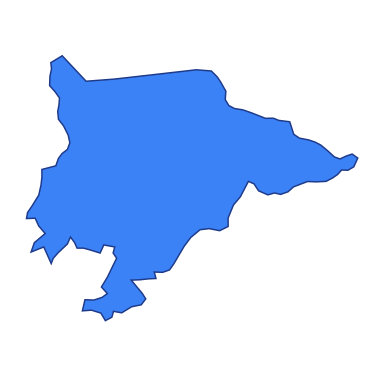 Aratuba, Ceará, Brazil, rotated 272°
{"feature_id": "56859067B93489736245944", "entity_name": "Aratuba", "entity_type": "district", "adm_level": 2, "iso_a3": "BRA", "parent_name": "Brazil", "parent_adm1": "Ceará", "projection": "mercator", "projection_center": [-39.036, -4.434], "detail": "fine", "context": "isolated", "style": "filled", "palette": "blue", "viewbox_px": 384, "rotation_deg": 272, "n_neighbors": 0, "source": "geoboundaries", "source_scale": "gbopen_adm2", "svg_char_len": 1622}
<svg xmlns="http://www.w3.org/2000/svg" viewBox="0 0 384 384"><g transform="rotate(272 192 192)"><path d="M323.6,57.5L316.4,46.4L310.2,47.3L302.7,46.0L293.3,46.0L287.6,51.5L281.3,56.3L274.3,56.0L267.8,55.0L260.0,56.0L253.5,61.4L244.5,66.3L236.9,68.2L230.2,66.0L225.9,60.8L220.8,57.3L213.4,55.0L209.3,41.2L202.0,41.5L193.9,40.9L183.6,39.0L171.9,32.3L165.8,28.4L159.7,27.5L160.3,36.2L152.7,40.0L145.4,46.7L135.8,36.2L126.4,33.3L131.9,45.8L115.6,53.8L121.0,55.7L126.8,60.5L135.6,69.2L142.7,72.1L137.6,76.3L131.9,79.1L132.1,85.6L130.5,92.3L127.8,102.3L136.0,105.7L134.4,116.7L128.3,115.3L123.2,119.0L115.9,115.7L104.3,110.6L93.9,104.8L87.6,110.9L83.5,105.8L80.6,97.7L80.6,88.8L69.4,86.6L70.4,95.6L67.8,105.2L60.4,109.9L64.1,116.3L70.0,117.7L68.8,126.0L75.2,135.6L77.5,145.2L83.6,149.5L89.2,145.6L101.8,134.3L102.5,143.3L103.7,151.7L104.3,159.0L110.7,157.1L110.7,165.5L113.3,172.2L119.7,176.4L137.4,186.0L146.6,192.4L154.6,201.4L156.0,210.4L154.3,221.0L158.8,229.3L167.3,229.0L180.5,233.9L188.9,240.5L204.6,248.0L202.3,253.7L195.5,258.5L191.8,267.9L193.9,274.5L192.7,280.7L195.6,288.0L200.7,293.3L203.5,299.9L206.5,307.1L206.5,316.3L207.3,325.6L211.0,332.1L214.7,337.0L219.2,340.7L219.2,347.1L222.8,352.8L231.7,356.5L235.5,350.7L233.3,344.8L230.2,338.8L232.0,333.1L237.8,326.3L243.3,319.2L246.1,313.4L248.1,306.9L249.6,297.4L253.2,291.7L265.6,287.2L266.6,276.2L268.6,270.7L268.2,262.7L273.1,248.9L275.9,239.9L276.9,231.5L279.7,225.8L285.5,222.0L293.9,222.3L302.9,216.8L307.8,213.3L313.6,207.1L314.3,192.1L310.5,166.7L305.3,131.8L302.1,110.3L299.0,82.3L323.6,57.5Z" fill="#3b82f6" stroke="#1e3a8a" stroke-width="1.5"/></g></svg>